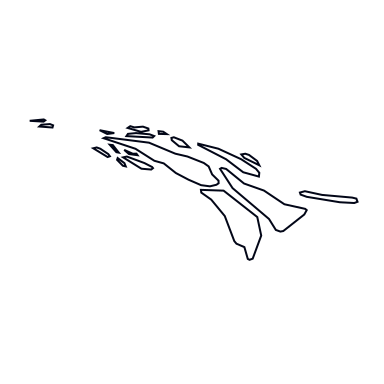 Essequibo I./L.B.E.River, Essequibo Islands-West Demerara, Guyana (Equal Earth projection), rotated 93°
{"feature_id": "73187651B51062108887281", "entity_name": "Essequibo I./L.B.E.River", "entity_type": "district", "adm_level": 2, "iso_a3": "GUY", "parent_name": "Guyana", "parent_adm1": "Essequibo Islands-West Demerara", "projection": "equal_earth", "projection_center": [-58.518, 6.771], "detail": "medium", "context": "isolated", "style": "outline", "palette": "ink", "viewbox_px": 384, "rotation_deg": 93, "n_neighbors": 0, "source": "geoboundaries", "source_scale": "gbopen_adm2", "svg_char_len": 1965}
<svg xmlns="http://www.w3.org/2000/svg" viewBox="0 0 384 384"><g transform="rotate(93 192 192)"><path d="M256.7,131.0L255.4,127.9L231.9,120.6L213.6,125.5L189.0,160.5L189.4,183.2L192.1,182.7L198.6,172.4L214.3,158.0L238.8,147.2L241.3,144.9L244.3,136.8L255.9,132.8L256.7,131.0ZM185.4,174.4L183.5,168.0L181.9,165.9L179.3,166.1L173.4,172.8L165.6,176.7L162.4,181.7L156.8,198.4L154.6,210.7L145.0,237.5L141.8,281.0L142.9,283.1L151.8,250.7L162.8,231.2L164.9,221.7L173.9,209.1L179.9,196.1L184.7,183.3L185.4,174.4ZM226.2,98.8L208.6,78.7L204.1,76.5L202.9,78.1L199.4,99.1L186.8,120.2L180.8,140.5L167.2,159.1L166.4,163.7L167.4,165.2L186.0,151.7L214.9,113.7L225.5,106.3L226.9,101.7L226.2,98.8ZM173.1,126.0L169.3,125.8L165.5,129.3L156.7,144.6L147.4,167.9L143.4,188.3L144.6,188.3L157.5,159.7L169.6,141.9L173.1,126.0ZM194.5,29.4L193.1,26.2L190.0,27.5L189.2,31.7L188.1,62.0L185.3,79.3L186.9,84.2L188.9,83.4L190.8,77.2L194.5,43.8L194.5,29.4ZM171.7,233.9L170.2,232.2L169.1,233.2L165.6,241.0L160.0,258.9L161.0,262.6L171.4,243.7L171.7,233.9ZM139.6,260.4L139.7,234.2L138.1,232.7L136.6,237.4L136.1,251.0L137.3,259.0L139.6,260.4ZM147.6,197.0L141.2,204.2L138.3,213.0L139.1,215.4L141.3,214.9L147.0,207.3L147.6,197.0ZM161.8,126.2L157.6,128.6L152.0,137.0L151.0,140.8L151.9,144.7L155.2,141.6L161.8,126.2ZM134.6,246.0L132.7,238.6L130.9,238.9L129.3,244.4L130.5,253.0L129.5,257.1L131.4,259.6L134.6,246.0ZM161.5,278.1L160.6,275.9L158.5,277.6L153.6,285.8L152.5,289.5L153.5,292.9L161.5,278.1ZM134.9,334.7L132.7,334.2L131.6,337.4L132.7,346.0L134.6,347.9L134.9,334.7ZM138.5,279.7L137.2,272.7L135.1,287.5L138.5,279.7ZM156.5,267.2L149.3,273.5L149.1,276.6L156.2,269.6L156.5,267.2ZM169.9,259.5L166.7,261.0L162.0,268.0L163.8,268.5L169.4,262.4L169.9,259.5ZM129.5,343.9L128.1,342.3L127.3,343.8L129.4,357.8L129.5,343.9ZM158.1,248.3L156.6,249.5L156.9,253.1L153.5,261.9L157.4,256.9L158.1,248.3ZM135.7,228.1L135.5,220.2L133.3,223.9L133.0,228.6L135.7,228.1Z" fill="none" stroke="#020617" stroke-width="2"/></g></svg>